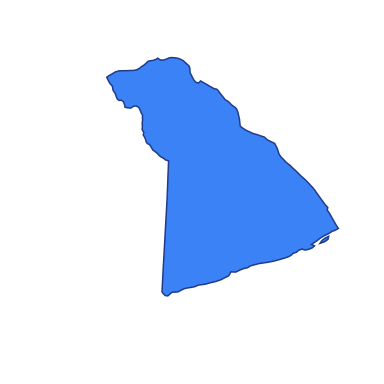 outline of Itarema, Ceará, Brazil, rotated 128°
{"feature_id": "56859067B50082405211585", "entity_name": "Itarema", "entity_type": "district", "adm_level": 2, "iso_a3": "BRA", "parent_name": "Brazil", "parent_adm1": "Ceará", "projection": "mercator", "projection_center": [-39.901, -3.07], "detail": "fine", "context": "isolated", "style": "filled", "palette": "blue", "viewbox_px": 384, "rotation_deg": 128, "n_neighbors": 0, "source": "geoboundaries", "source_scale": "gbopen_adm2", "svg_char_len": 2698}
<svg xmlns="http://www.w3.org/2000/svg" viewBox="0 0 384 384"><g transform="rotate(128 192 192)"><path d="M154.1,329.8L155.4,327.2L156.4,325.0L157.1,323.2L157.6,320.0L160.6,316.6L161.6,313.2L163.3,310.7L164.8,307.9L164.7,305.8L163.2,304.1L163.0,301.8L164.7,298.9L166.4,297.1L165.5,294.8L163.6,291.9L160.7,291.0L158.6,289.1L158.1,286.0L159.4,283.5L160.9,280.7L161.9,278.2L163.7,277.1L165.6,275.3L167.5,274.2L169.1,273.1L171.0,271.3L173.3,270.0L174.9,266.5L177.1,265.6L177.9,263.3L179.3,260.8L180.9,258.7L181.3,256.8L180.8,254.8L181.6,252.2L183.0,248.8L182.9,245.8L182.9,243.2L183.4,240.8L183.5,238.2L183.0,235.6L183.0,232.4L181.8,229.7L213.6,206.8L237.5,190.2L253.0,179.4L267.7,169.2L289.1,154.2L289.8,152.2L290.1,149.4L288.8,147.1L286.9,146.7L284.8,146.4L282.9,145.7L281.3,143.7L279.4,141.6L276.2,140.2L272.7,138.4L270.2,136.3L267.4,133.7L265.1,131.7L263.4,130.7L261.2,129.5L259.2,127.4L256.7,125.0L255.2,123.8L253.4,122.6L250.2,120.0L248.2,118.4L245.5,116.6L243.2,115.1L240.0,113.7L235.8,111.6L233.4,111.7L231.2,112.3L228.1,108.2L224.2,106.3L220.6,104.2L217.3,101.5L214.5,100.6L211.7,98.6L209.9,97.2L207.1,95.1L205.5,93.5L203.1,91.3L201.5,89.7L198.9,87.4L196.7,85.5L192.9,82.6L190.9,81.1L188.5,79.4L185.2,77.1L183.0,75.8L180.9,75.0L178.0,74.5L175.2,72.6L172.3,72.1L169.1,70.1L168.4,67.6L167.1,66.2L164.7,64.4L161.9,62.8L159.0,62.3L159.8,65.6L152.7,63.3L149.9,62.7L146.3,61.4L144.1,60.4L141.5,59.1L138.6,58.0L136.5,57.3L134.9,56.1L133.0,55.2L130.6,54.2L129.5,57.6L123.7,71.7L123.1,74.2L120.6,75.5L120.1,78.7L119.1,82.6L117.2,89.0L116.3,92.0L115.8,93.9L115.0,96.2L114.2,99.6L113.7,103.2L113.3,105.2L112.7,109.8L112.2,116.4L111.3,124.3L111.1,127.7L110.7,130.0L110.6,136.7L110.2,138.7L109.7,142.9L108.7,146.5L105.4,151.3L103.9,154.4L102.8,156.8L103.9,161.6L104.5,164.8L104.2,168.9L105.5,172.4L106.7,176.0L108.4,180.2L109.4,184.5L110.1,187.6L110.3,190.2L110.5,192.4L110.3,194.7L107.0,197.9L105.5,199.3L101.1,204.7L99.2,207.7L98.8,209.9L99.0,214.3L98.7,216.2L98.4,219.5L98.8,222.8L97.8,226.8L97.2,229.5L96.2,233.1L95.7,235.6L97.0,238.4L97.8,243.5L98.2,246.7L99.2,253.6L102.2,254.0L103.2,256.7L102.6,259.5L101.4,262.3L100.4,264.2L99.4,266.6L97.7,268.3L95.8,269.9L94.5,272.0L94.3,274.2L94.2,276.5L93.9,279.7L94.3,282.1L95.1,285.0L96.5,287.7L98.5,290.7L100.1,292.4L102.8,293.9L105.4,295.5L107.4,298.2L107.7,301.5L110.0,302.2L112.6,304.0L114.0,305.4L116.0,307.1L118.6,307.4L121.7,308.0L124.4,309.0L126.8,309.5L130.0,311.0L132.4,313.1L134.2,315.4L136.5,318.0L138.2,320.2L139.8,322.1L141.7,324.3L144.5,326.3L147.1,327.3L149.1,328.1L151.5,329.1L154.1,329.8ZM153.6,59.5L149.6,56.9L145.6,55.7L142.8,57.0L145.9,58.5L148.6,59.4L150.9,59.7L153.6,59.5Z" fill="#3b82f6" stroke="#1e3a8a" stroke-width="1.5"/></g></svg>